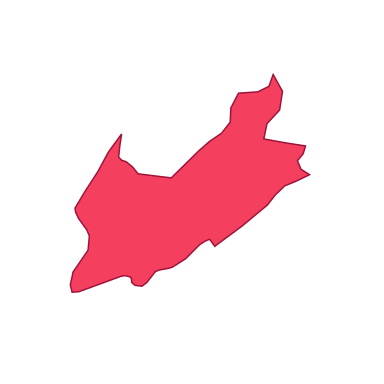 the border of Independencia, rotated 294°
{"feature_id": "DOM-1971", "entity_name": "Independencia", "entity_type": "Province", "adm_level": 1, "iso_a3": "DOM", "parent_name": "Dominican Republic", "parent_adm1": "", "projection": "mercator", "projection_center": [-71.641, 18.41], "detail": "fine", "context": "isolated", "style": "filled", "palette": "rose", "viewbox_px": 384, "rotation_deg": 294, "n_neighbors": 0, "source": "natural_earth", "source_scale": "10m", "svg_char_len": 954}
<svg xmlns="http://www.w3.org/2000/svg" viewBox="0 0 384 384"><g transform="rotate(294 192 192)"><path d="M127.3,93.2L129.7,91.7L148.9,94.0L172.4,97.7L194.6,99.4L216.4,104.1L205.1,107.2L194.0,110.8L192.4,114.8L192.9,119.5L190.6,127.7L186.7,135.4L196.4,167.3L232.0,181.3L245.3,187.4L257.8,195.1L271.3,198.5L284.6,193.3L301.2,194.3L310.2,211.3L319.8,219.3L332.3,218.4L320.8,233.7L302.5,238.7L285.0,232.7L269.7,236.0L274.8,256.9L280.2,277.0L272.2,278.0L263.4,275.6L257.1,282.4L255.6,292.3L245.2,283.6L235.3,274.2L223.3,269.3L210.6,266.1L181.1,251.5L152.4,235.3L151.6,235.0L151.8,234.6L155.9,227.6L155.2,226.5L152.0,223.6L147.0,220.4L128.4,213.3L115.3,204.6L112.5,201.3L107.2,193.5L104.3,190.9L90.8,187.5L85.6,184.6L83.5,177.9L84.8,173.8L87.4,172.4L89.3,170.4L88.4,164.9L86.1,161.4L54.8,129.1L51.7,123.2L57.7,118.6L70.6,115.9L96.6,120.7L110.1,116.1L114.6,111.3L121.7,99.1L126.4,93.7L127.3,93.2Z" fill="#f43f5e" stroke="#9f1239" stroke-width="1.5"/></g></svg>